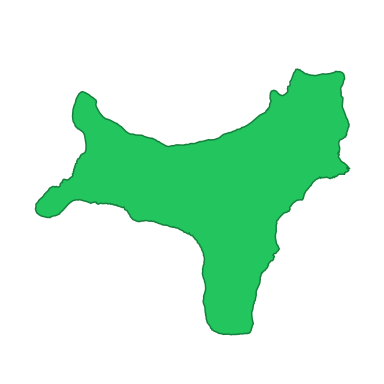 the district of Christmas Island, Australia, rotated 7°
{"feature_id": "25037944B52215188187413", "entity_name": "Christmas Island", "entity_type": "district", "adm_level": 2, "iso_a3": "AUS", "parent_name": "Australia", "parent_adm1": "", "projection": "orthographic", "projection_center": [105.63, -10.491], "detail": "fine", "context": "isolated", "style": "filled", "palette": "green", "viewbox_px": 384, "rotation_deg": 7, "n_neighbors": 0, "source": "geoboundaries", "source_scale": "gbopen_adm2", "svg_char_len": 5981}
<svg xmlns="http://www.w3.org/2000/svg" viewBox="0 0 384 384"><g transform="rotate(7 192 192)"><path d="M279.7,59.6L278.5,61.4L277.0,68.4L275.8,70.5L276.4,74.2L275.9,74.8L274.3,75.7L274.2,78.1L274.9,80.3L274.2,81.8L272.0,84.1L270.7,85.0L269.8,85.3L267.1,84.7L265.0,83.3L263.8,82.0L261.6,81.1L260.7,81.5L260.2,81.3L259.9,81.8L258.5,82.2L258.2,83.9L257.8,84.2L257.9,87.3L258.2,89.9L259.4,92.2L258.4,95.4L258.6,97.1L258.3,98.7L257.2,100.0L257.4,101.0L256.0,101.6L255.1,104.1L249.8,107.6L242.6,115.6L238.9,118.9L235.6,121.3L233.7,121.8L232.6,123.2L230.5,124.2L229.3,124.3L227.7,125.7L224.6,127.2L223.8,128.1L222.0,128.4L216.1,131.1L212.2,135.1L208.0,137.2L204.8,138.0L202.0,138.1L196.6,140.4L193.4,141.1L188.5,143.7L184.9,144.0L182.3,145.4L180.1,145.5L178.3,146.4L174.9,146.8L171.6,147.0L170.0,147.4L168.1,148.4L166.8,148.4L163.1,149.8L160.8,149.5L154.5,147.0L153.6,146.3L152.1,145.9L151.7,146.1L150.2,145.0L145.6,143.4L145.1,143.7L142.9,143.6L138.1,142.8L135.6,141.8L129.2,142.3L126.4,141.7L124.2,142.1L121.6,141.3L119.2,140.1L114.1,136.0L110.7,134.3L109.6,133.4L106.8,132.6L101.5,130.5L100.5,130.5L99.2,129.9L98.0,130.2L94.4,128.2L90.6,124.6L86.5,118.8L85.8,116.5L86.2,114.5L85.6,112.7L82.0,110.3L80.3,109.7L77.9,108.0L73.3,106.2L70.8,105.8L69.6,106.5L67.8,108.5L65.8,113.6L65.2,118.6L64.6,120.1L63.9,124.3L64.2,131.7L65.5,136.5L67.1,138.5L68.3,141.0L71.4,143.3L72.2,143.4L76.3,145.7L77.9,147.6L78.8,149.8L81.1,157.8L81.6,162.9L81.3,164.7L80.6,166.4L78.8,167.3L77.1,169.0L76.1,172.3L75.0,172.8L74.3,174.2L73.9,175.6L74.2,177.1L73.0,178.3L73.0,179.9L72.5,181.0L72.7,181.8L72.4,182.2L71.9,184.6L72.3,185.4L71.7,186.1L72.0,187.7L71.1,188.8L71.7,190.0L71.3,191.3L69.6,192.5L68.5,194.1L67.2,195.1L65.7,195.4L63.8,194.9L62.8,195.3L62.2,196.2L62.2,198.1L61.8,197.9L60.4,199.7L60.2,200.9L60.4,202.0L59.6,202.9L58.2,203.6L56.6,203.0L55.6,203.7L54.3,203.4L53.0,203.6L50.1,205.7L49.3,207.8L45.8,212.2L44.8,214.5L40.9,219.0L40.2,221.0L38.8,222.6L38.7,224.3L39.0,225.1L38.7,228.0L39.9,230.7L40.8,231.8L42.8,233.1L45.5,234.2L51.4,234.9L54.7,234.5L55.1,233.8L57.1,232.7L59.5,232.1L63.2,229.9L63.5,228.9L66.1,225.9L70.7,219.2L72.6,217.2L74.9,215.1L78.4,213.8L80.0,213.8L81.6,213.3L89.7,214.5L93.0,215.5L94.0,214.7L95.5,214.4L96.1,213.9L97.9,213.8L98.4,214.1L98.5,214.8L99.5,215.0L100.2,215.6L102.5,214.3L105.2,214.4L108.8,213.6L109.8,214.1L111.8,213.6L112.8,214.1L114.2,213.6L115.4,214.3L116.2,214.1L117.5,214.5L118.8,214.0L118.8,214.5L120.0,215.0L121.5,215.0L124.7,215.9L126.2,215.2L127.4,217.5L130.2,218.7L131.4,220.6L133.3,222.6L133.8,224.0L136.9,226.6L139.0,227.0L139.9,227.5L142.5,227.9L144.4,227.5L145.8,226.7L147.1,226.8L149.8,225.8L153.6,226.2L155.0,225.5L155.7,226.0L158.0,225.8L159.7,226.6L160.8,226.5L162.4,227.2L165.3,227.6L166.8,228.2L171.6,228.1L174.6,229.1L176.4,229.0L177.2,229.4L179.0,228.9L179.8,229.5L181.2,229.6L182.0,229.4L184.5,230.7L187.4,231.5L189.0,232.8L190.9,233.0L192.8,234.0L193.6,234.0L194.3,233.2L194.8,234.3L196.5,235.3L198.0,235.1L198.8,236.5L200.0,237.3L200.8,238.4L203.2,239.9L203.4,241.3L206.1,243.5L206.8,245.2L207.3,245.3L207.8,246.3L208.3,246.5L208.6,247.9L210.7,251.0L211.1,253.4L211.9,254.6L212.4,256.5L212.6,259.2L212.4,260.8L212.9,261.7L212.1,263.9L212.2,265.9L211.9,266.8L212.4,270.0L212.2,271.6L213.9,276.1L215.2,278.3L215.5,279.9L216.3,281.1L217.3,286.1L217.3,288.9L216.9,290.1L217.2,291.1L216.6,291.9L216.4,293.0L216.3,294.8L216.7,297.1L216.4,297.9L216.5,299.6L217.2,301.6L218.8,304.5L219.9,310.2L220.5,311.2L220.4,312.3L221.0,313.2L221.8,316.7L222.6,318.0L222.9,319.5L226.7,323.4L227.0,324.7L228.2,325.3L228.5,326.3L229.5,326.5L230.5,327.2L234.3,328.3L235.7,329.0L239.1,329.0L240.1,329.5L245.8,328.6L248.1,328.9L249.8,328.4L253.9,327.9L254.9,327.3L255.9,327.6L256.9,326.9L259.5,326.7L261.9,325.9L263.8,325.9L264.6,325.3L265.7,325.3L266.9,323.9L267.4,322.4L268.3,316.8L268.9,315.3L267.1,310.3L266.1,305.8L266.0,303.7L266.6,301.2L266.7,296.4L267.2,294.9L267.1,293.6L268.1,291.4L267.9,290.0L268.3,286.9L267.8,282.6L270.3,274.4L270.4,270.7L270.0,268.2L270.5,267.5L270.6,265.6L271.2,264.4L270.9,263.8L271.8,263.3L272.7,261.7L273.9,261.1L274.7,259.5L275.5,258.6L276.2,257.2L276.5,255.6L276.9,255.2L276.4,254.2L278.7,250.8L280.2,250.3L281.1,249.0L281.0,247.4L281.5,246.7L281.5,245.7L280.2,245.0L280.6,243.6L281.0,243.2L282.7,242.7L283.3,241.3L284.8,239.6L285.1,238.5L285.6,238.0L283.4,234.3L282.5,233.7L280.3,227.4L280.3,225.8L279.9,225.2L280.4,221.1L279.6,214.9L280.0,213.0L279.6,211.2L279.8,210.0L280.8,209.1L281.5,207.3L285.4,202.0L287.3,200.9L288.4,200.7L289.5,199.6L290.5,199.4L291.4,197.3L290.8,195.4L291.7,193.8L292.1,193.6L293.1,191.4L294.5,189.9L297.2,187.4L300.6,186.5L302.3,186.5L303.2,184.9L303.7,180.5L305.1,176.8L306.2,175.6L308.7,171.5L309.4,171.0L309.6,170.1L311.0,167.3L313.8,164.3L316.4,162.7L317.0,161.7L318.0,162.6L318.6,161.8L319.3,162.1L324.1,160.9L327.6,161.8L328.2,161.0L329.2,161.1L330.1,160.6L330.3,159.6L331.8,160.2L332.2,159.2L332.7,158.8L333.5,158.9L335.4,156.7L336.6,156.2L341.2,155.8L341.3,154.3L342.0,154.1L342.4,153.3L344.0,152.8L344.9,151.2L344.2,150.8L343.7,149.9L342.9,149.7L342.7,149.2L343.7,149.1L344.6,149.7L345.3,149.5L342.4,146.7L339.1,144.5L337.9,144.2L336.0,143.0L334.1,140.5L333.0,139.5L333.5,136.7L333.1,136.4L332.4,136.5L332.1,135.7L332.3,135.0L332.7,135.4L333.3,134.5L333.3,131.1L332.9,129.2L332.0,127.6L331.6,124.9L332.5,122.3L335.0,120.8L337.0,118.8L337.7,118.6L337.6,117.8L338.2,117.1L338.5,115.7L338.1,115.0L339.0,111.2L339.1,109.5L339.8,107.9L339.5,106.3L339.7,105.7L339.3,105.5L337.5,101.2L335.7,98.8L334.7,96.4L330.7,89.0L330.4,80.8L330.1,79.8L328.9,79.1L328.0,77.0L328.1,75.9L326.9,71.1L327.3,69.2L327.8,68.7L328.6,66.4L328.9,62.9L329.6,61.4L329.5,60.1L328.3,56.7L327.1,55.6L325.3,54.8L323.4,54.5L321.4,54.9L320.6,54.7L319.6,54.9L319.2,55.6L318.3,56.1L314.1,57.8L310.0,58.8L307.9,58.7L299.9,61.6L299.4,61.4L295.2,61.5L292.8,61.2L292.1,60.8L290.9,61.0L288.1,59.9L287.3,59.2L285.9,58.8L284.1,57.5L283.2,57.9L282.0,57.2L280.1,57.7L279.7,59.6Z" fill="#22c55e" stroke="#15803d" stroke-width="1.5"/></g></svg>